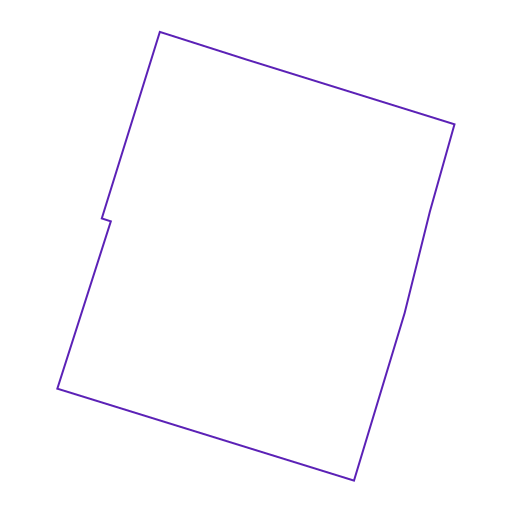 Wright, Missouri, United States of America, rotated 16°
{"feature_id": "52423323B43564787012059", "entity_name": "Wright", "entity_type": "district", "adm_level": 2, "iso_a3": "USA", "parent_name": "United States of America", "parent_adm1": "Missouri", "projection": "albers", "projection_center": [-92.499, 37.271], "detail": "fine", "context": "isolated", "style": "outline", "palette": "violet", "viewbox_px": 512, "rotation_deg": 16, "n_neighbors": 0, "source": "geoboundaries", "source_scale": "gbopen_adm2", "svg_char_len": 281}
<svg xmlns="http://www.w3.org/2000/svg" viewBox="0 0 512 512"><g transform="rotate(16 256 256)"><path d="M101.6,438.3L412.1,444.9L414.6,270.0L410.9,165.2L410.5,74.7L192.5,69.8L101.8,67.1L97.4,262.4L106.9,262.7L101.6,438.3Z" fill="none" stroke="#5b21b6" stroke-width="2"/></g></svg>